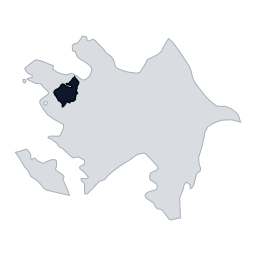 Shamkir District, Şəmkir, Azerbaijan shown in context
{"feature_id": "54616110B57585842497805", "entity_name": "Shamkir District", "entity_type": "district", "adm_level": 2, "iso_a3": "AZE", "parent_name": "Azerbaijan", "parent_adm1": "Şəmkir", "projection": "mercator", "projection_center": [46.075, 40.851], "detail": "fine", "context": "in_parent", "style": "filled", "palette": "ink", "viewbox_px": 256, "rotation_deg": 0, "n_neighbors": 0, "source": "geoboundaries", "source_scale": "gbopen_adm2", "svg_char_len": 4581}
<svg xmlns="http://www.w3.org/2000/svg" viewBox="0 0 256 256"><path d="M180.4,218.1L179.2,218.0L171.0,220.0L169.3,219.3L162.2,210.3L160.8,209.3L157.7,208.9L155.9,207.4L154.5,205.0L153.7,203.2L146.4,198.3L145.3,196.5L145.1,194.9L146.2,193.5L147.4,192.3L151.0,191.1L155.2,190.0L156.5,189.3L157.2,188.0L157.1,185.9L156.5,183.8L150.5,180.1L149.8,178.4L149.6,176.5L150.0,174.4L150.9,172.7L155.8,170.5L158.4,168.2L156.8,165.7L151.5,159.8L145.3,153.4L141.1,153.3L136.3,155.2L128.6,160.7L124.3,163.1L118.8,166.9L112.8,171.3L107.8,175.8L104.7,179.6L99.2,181.3L96.5,184.4L87.3,193.9L84.7,193.8L84.5,189.1L84.6,185.4L84.1,183.2L81.1,180.3L81.0,179.0L81.8,178.2L84.1,178.7L87.1,178.5L88.5,177.4L85.3,173.5L82.5,170.9L80.2,169.1L79.6,168.1L79.6,167.3L80.1,166.4L84.2,164.3L84.6,162.3L84.3,160.1L77.9,156.8L73.1,158.0L68.7,154.4L66.0,151.6L62.5,148.5L59.4,146.9L56.5,143.0L51.3,139.1L48.0,138.0L48.1,137.4L48.7,136.7L50.0,136.1L59.2,136.2L60.3,135.5L60.9,133.8L62.2,131.3L63.6,127.6L63.5,124.5L54.3,119.5L47.6,114.8L43.0,108.7L39.8,103.1L39.9,101.2L40.8,99.5L48.0,94.3L48.5,92.9L48.3,92.0L45.8,89.4L42.6,86.6L41.6,84.6L39.5,83.6L35.7,83.5L29.0,80.2L27.5,79.8L27.2,79.2L27.5,78.5L32.3,77.1L32.3,76.0L30.8,74.5L28.1,73.4L25.6,70.7L24.7,68.3L33.4,61.2L36.0,59.8L41.7,61.1L53.5,65.8L52.7,68.4L53.9,69.9L56.6,71.9L61.8,73.9L66.2,74.9L68.4,74.1L71.8,73.3L76.2,75.6L80.3,78.6L82.3,79.8L83.4,80.1L86.4,79.1L90.1,75.3L91.6,70.8L92.0,68.5L89.8,65.5L85.4,62.2L80.4,59.3L77.2,56.7L75.2,51.6L73.1,51.1L72.6,50.4L72.3,48.7L72.3,46.2L73.1,44.4L75.1,43.6L77.1,43.3L78.9,41.5L81.3,38.0L82.2,36.0L86.6,37.1L87.2,40.3L87.9,40.9L89.7,40.6L92.7,39.3L95.1,40.3L98.2,44.0L102.4,47.9L104.7,50.6L105.6,52.4L107.8,54.2L110.9,56.2L113.4,59.5L115.7,67.0L118.0,68.8L126.1,71.6L129.0,72.2L137.0,73.2L139.8,72.5L144.0,66.0L147.7,59.3L151.1,57.9L157.4,54.7L161.2,51.6L162.8,48.3L166.3,42.1L168.5,38.5L172.2,41.7L178.6,50.1L187.7,63.9L190.0,67.7L191.4,72.2L192.7,77.7L194.8,82.5L204.0,94.5L208.1,99.0L214.6,104.7L216.9,106.0L219.9,106.3L225.5,106.4L230.7,108.6L233.3,110.2L235.9,112.5L238.3,115.1L240.6,122.1L231.7,119.8L222.6,120.1L217.5,121.6L212.6,123.7L207.9,126.6L204.9,132.2L202.4,145.2L198.7,157.3L198.9,162.9L200.5,168.3L200.3,170.8L198.6,171.9L196.5,174.2L193.7,185.2L192.3,187.4L190.5,188.8L190.0,187.5L190.1,184.6L186.2,182.0L184.1,184.9L182.7,190.9L179.8,197.3L179.7,198.5L180.4,218.1ZM46.9,104.3L47.3,102.5L46.2,101.7L45.0,101.7L44.0,102.6L44.0,104.8L45.4,105.2L46.9,104.3ZM17.3,155.1L16.0,153.3L15.4,152.3L19.3,151.5L26.0,149.1L27.8,150.3L29.7,152.7L30.7,154.8L30.8,158.7L31.6,159.3L34.8,158.0L36.3,159.6L38.8,161.4L43.1,163.3L49.3,160.4L52.4,159.6L54.9,159.7L56.3,160.6L56.7,163.6L56.2,167.3L55.5,169.3L56.8,170.8L61.9,174.3L64.0,176.3L63.0,179.7L66.8,188.1L68.0,191.3L69.5,195.3L61.8,193.7L47.8,190.4L44.0,188.6L40.4,184.0L38.2,181.7L35.0,178.9L32.4,177.8L30.4,175.8L29.2,172.8L27.6,170.1L24.7,167.0L18.2,156.2L17.3,155.1ZM25.6,82.4L24.8,83.0L23.4,82.4L23.0,81.1L23.1,79.6L24.5,79.3L25.5,79.7L25.8,81.0L25.6,82.4Z" fill="#d9dde1" stroke="#a8b0b8" stroke-width="1"/><path d="M74.6,76.8L74.3,77.3L73.7,77.9L73.1,78.2L72.5,78.9L72.0,79.7L71.7,80.3L71.2,80.9L70.0,81.9L69.5,82.6L69.2,83.2L68.9,83.6L67.9,83.6L67.2,83.6L66.4,83.6L66.4,83.8L66.5,84.2L67.2,84.6L68.3,84.9L69.1,84.9L69.9,85.1L70.8,85.3L71.6,86.0L71.7,86.4L71.7,87.3L71.6,87.7L70.2,87.7L69.3,87.4L68.4,87.2L67.7,87.0L67.1,86.7L66.5,86.3L65.8,86.1L65.3,85.7L64.9,85.4L64.5,85.0L64.4,84.7L64.1,84.5L63.5,84.2L62.3,84.2L61.7,84.7L61.1,85.0L60.9,85.4L60.7,85.9L60.5,86.5L60.0,87.1L59.4,87.6L58.7,88.3L57.9,88.8L56.2,89.6L55.1,90.4L54.6,91.0L54.1,91.8L54.0,92.5L54.0,92.9L54.7,93.5L54.7,94.3L54.8,94.5L55.0,94.9L55.6,95.6L56.1,96.2L56.4,96.8L56.7,97.2L57.0,97.9L57.6,98.6L57.8,99.2L58.2,99.9L58.5,100.6L58.8,100.8L59.6,101.1L60.2,101.4L61.0,102.3L61.3,102.7L62.1,103.4L62.3,104.0L62.3,104.5L62.3,105.1L62.3,106.0L62.5,106.8L62.8,106.7L63.6,106.1L64.0,105.7L64.5,105.2L64.9,104.6L65.2,104.1L65.7,103.3L66.0,102.7L66.2,102.3L66.4,101.8L66.6,101.5L66.8,101.5L67.6,101.4L67.9,102.1L68.6,102.3L69.1,102.6L69.8,102.7L70.1,102.0L70.4,101.5L71.1,101.2L71.8,101.2L72.6,101.2L73.2,101.1L73.8,100.9L74.2,100.5L74.8,99.9L75.3,99.3L75.4,98.9L75.2,98.2L75.2,97.9L75.5,96.9L75.7,95.9L75.8,94.9L76.2,94.3L76.9,93.7L77.3,93.3L77.1,93.2L77.0,92.1L76.7,91.7L76.5,91.4L76.1,90.9L76.1,90.4L76.2,89.8L76.6,89.4L76.8,89.0L77.0,88.4L77.0,87.9L77.0,86.7L77.1,86.2L77.4,85.6L77.7,85.2L77.9,84.6L78.3,83.9L78.6,83.3L78.7,82.7L78.7,82.2L78.1,81.5L77.5,80.7L77.0,80.0L76.5,79.4L76.0,78.9L75.5,78.4L75.2,77.8L74.9,77.3L74.6,76.8Z" fill="#0f172a" stroke="#020617" stroke-width="1.5"/></svg>